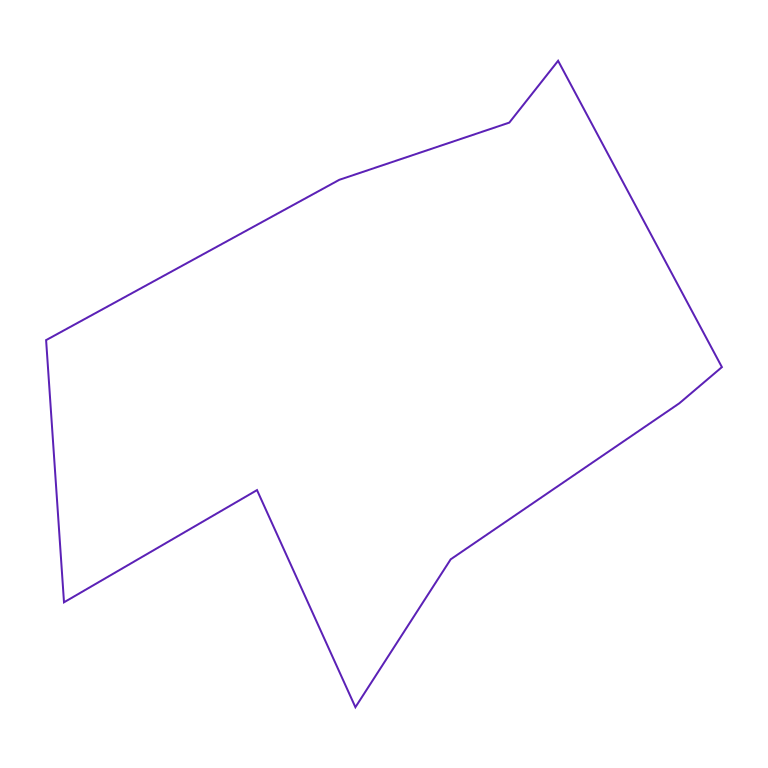 the state/province of Devonshire
{"feature_id": "BMU-5136", "entity_name": "Devonshire", "entity_type": "state/province", "adm_level": 1, "iso_a3": "BMU", "parent_name": "Bermuda", "parent_adm1": "", "projection": "equal_earth", "projection_center": [-64.76, 32.301], "detail": "fine", "context": "isolated", "style": "outline", "palette": "violet", "viewbox_px": 768, "rotation_deg": 0, "n_neighbors": 0, "source": "natural_earth", "source_scale": "10m", "svg_char_len": 255}
<svg xmlns="http://www.w3.org/2000/svg" viewBox="0 0 768 768"><path d="M46.1,340.1L339.3,179.8L509.3,122.6L558.1,60.8L721.9,367.1L679.3,403.3L450.7,559.3L355.4,707.2L257.0,490.1L64.0,602.3L46.1,340.1Z" fill="none" stroke="#5b21b6" stroke-width="2"/></svg>